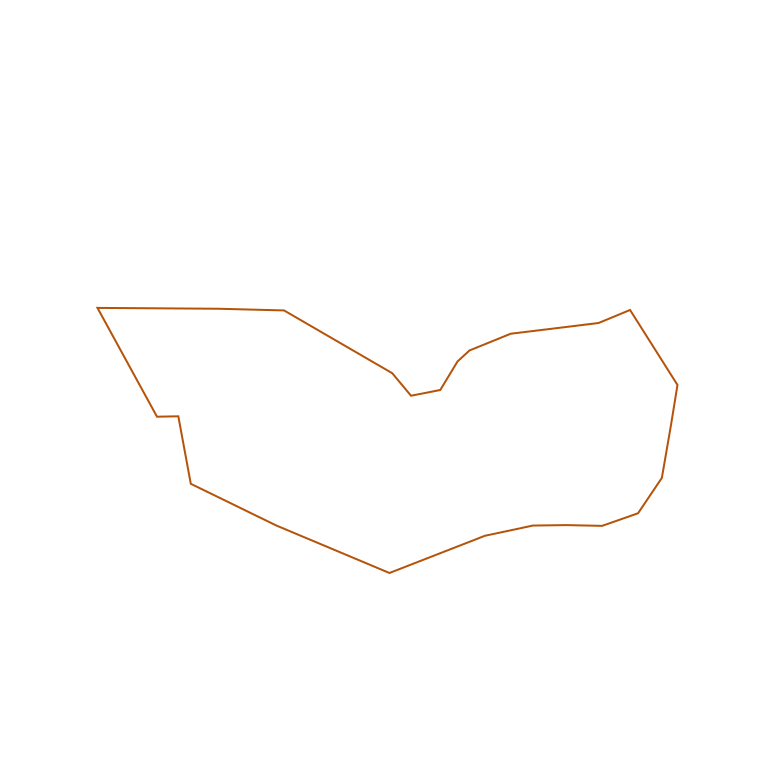 the district of Gangbuk-gu, Seoul, South Korea, rotated 296°
{"feature_id": "91817680B92844029998138", "entity_name": "Gangbuk-gu", "entity_type": "district", "adm_level": 2, "iso_a3": "KOR", "parent_name": "South Korea", "parent_adm1": "Seoul", "projection": "natural_earth1", "projection_center": [127.017, 37.641], "detail": "fine", "context": "isolated", "style": "outline", "palette": "amber", "viewbox_px": 768, "rotation_deg": 296, "n_neighbors": 0, "source": "geoboundaries", "source_scale": "gbopen_adm2", "svg_char_len": 465}
<svg xmlns="http://www.w3.org/2000/svg" viewBox="0 0 768 768"><g transform="rotate(296 384 384)"><path d="M216.5,471.7L291.8,541.2L322.0,579.8L337.0,609.5L352.1,642.2L379.2,669.0L421.4,674.9L472.7,660.0L511.8,648.2L558.4,572.7L532.9,550.1L484.7,475.8L451.6,446.1L436.5,440.2L403.3,437.2L385.3,413.4L397.3,386.7L406.3,261.9L379.2,202.5L326.8,93.1L255.1,194.3L264.8,213.3L209.6,254.1L209.6,349.3L216.5,471.7Z" fill="none" stroke="#b45309" stroke-width="2"/></g></svg>